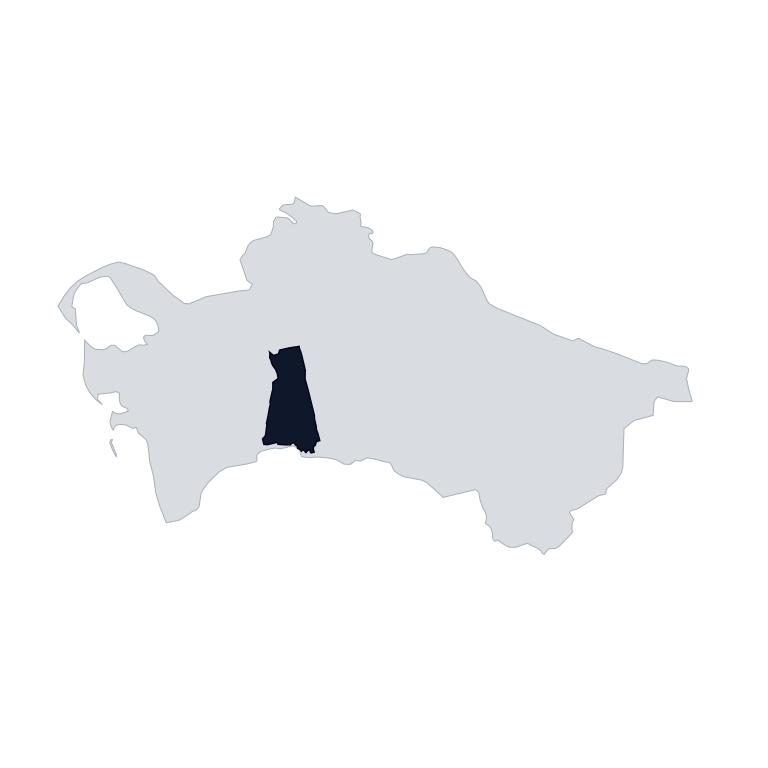 location of Baherden, Ahal, Turkmenistan, rotated 347°
{"feature_id": "10190150B40000077655635", "entity_name": "Baherden", "entity_type": "district", "adm_level": 2, "iso_a3": "TKM", "parent_name": "Turkmenistan", "parent_adm1": "Ahal", "projection": "natural_earth1", "projection_center": [57.355, 39.019], "detail": "fine", "context": "in_parent", "style": "filled", "palette": "ink", "viewbox_px": 768, "rotation_deg": 347, "n_neighbors": 0, "source": "geoboundaries", "source_scale": "gbopen_adm2", "svg_char_len": 5104}
<svg xmlns="http://www.w3.org/2000/svg" viewBox="0 0 768 768"><g transform="rotate(347 384 384)"><path d="M230.0,258.9L263.5,260.7L273.8,262.0L278.1,257.4L277.9,256.3L276.3,255.3L273.8,252.1L271.6,230.7L274.5,227.6L277.9,225.3L282.7,218.6L285.3,216.5L289.1,214.8L301.9,214.4L307.3,213.1L311.8,205.4L312.8,200.9L316.2,197.3L318.2,197.4L326.9,200.4L328.7,202.0L331.7,207.6L334.9,207.3L335.4,206.4L335.0,205.1L332.5,201.6L327.1,195.2L321.8,191.3L321.3,189.9L325.9,186.8L335.0,188.1L337.3,187.1L339.6,182.0L351.7,193.4L354.0,194.6L363.6,196.1L365.2,197.7L368.5,204.3L371.8,206.0L375.8,207.3L392.9,207.5L398.3,211.9L399.2,213.0L398.2,216.1L397.9,222.1L396.6,224.5L397.5,225.5L403.5,228.0L407.2,231.8L407.5,233.5L406.5,234.6L403.7,234.0L402.3,235.8L402.3,238.9L404.4,241.8L405.0,244.5L402.2,250.8L402.1,253.4L403.1,254.8L418.6,264.2L421.0,264.5L435.9,262.8L438.7,263.8L451.7,266.0L455.4,265.6L457.8,262.6L460.2,261.4L462.4,261.4L468.6,263.3L475.2,267.3L479.6,271.0L481.8,274.3L488.1,292.7L492.2,300.3L496.9,304.2L500.3,311.3L503.4,327.0L505.2,330.2L512.4,336.5L549.2,362.0L560.4,373.5L577.6,384.5L583.8,383.2L597.4,395.0L605.9,399.5L617.0,406.5L640.3,422.5L645.3,423.2L650.7,420.9L655.6,422.2L664.3,426.3L673.8,432.5L681.7,434.6L684.0,437.3L684.2,438.8L680.0,446.6L679.7,456.5L680.5,469.9L678.4,470.1L662.7,466.4L647.8,458.1L644.3,460.8L642.6,463.5L639.2,475.1L619.3,475.8L607.8,481.4L597.9,519.0L595.6,523.6L589.2,529.7L577.9,535.8L576.2,538.2L575.8,540.4L574.4,541.1L568.1,541.1L544.1,549.3L538.8,549.3L536.7,550.0L535.8,551.4L538.6,558.9L536.5,561.1L535.0,564.8L534.0,571.3L518.2,581.5L514.9,582.7L508.5,581.7L505.2,582.8L501.9,586.0L500.3,585.0L499.4,581.8L497.7,579.6L487.7,571.4L476.3,572.7L472.0,572.0L468.6,570.7L463.4,566.0L460.0,561.5L456.4,562.1L455.4,559.9L455.2,557.5L456.2,554.5L455.8,548.8L453.8,544.8L451.5,543.0L454.0,536.5L453.9,531.6L452.3,526.3L451.5,518.7L451.9,511.2L449.7,507.5L416.2,507.8L404.1,490.4L399.2,486.2L382.6,478.9L378.0,475.0L374.2,470.7L373.2,464.8L371.3,461.3L368.7,460.7L355.7,453.9L350.5,452.1L343.4,453.8L339.1,451.8L334.2,454.5L332.1,454.6L326.8,453.0L320.2,446.8L314.7,444.2L303.2,440.3L295.1,439.0L288.0,436.6L287.2,435.7L287.0,430.5L286.0,428.3L284.0,425.7L281.1,423.7L268.9,423.9L263.3,421.9L258.8,421.6L249.0,421.9L245.9,423.4L244.0,425.0L242.9,430.2L241.8,430.9L232.3,431.1L212.2,429.9L203.7,432.5L190.6,440.4L183.1,447.0L180.9,450.0L176.3,461.7L174.4,463.4L171.8,464.8L169.2,465.0L157.2,469.6L152.6,470.7L140.7,470.2L138.0,452.8L137.2,439.0L138.7,420.0L138.2,407.8L140.4,389.3L139.7,384.7L133.7,376.6L132.9,370.9L129.2,370.6L123.2,365.8L117.4,363.9L114.4,363.8L111.7,365.2L109.7,368.0L108.4,363.6L108.5,359.1L113.3,349.7L116.2,352.5L119.8,353.6L128.8,353.0L128.0,349.8L123.4,346.5L122.5,342.3L122.9,337.9L124.2,333.8L122.8,332.1L120.7,331.1L115.8,331.2L103.1,329.6L101.5,334.5L104.9,340.9L99.2,333.6L95.4,326.1L93.0,317.3L92.7,307.8L97.8,292.6L102.1,273.9L106.9,281.8L110.4,285.2L118.3,287.5L122.1,286.9L126.2,284.9L130.2,285.6L136.4,293.7L140.9,294.6L150.1,291.5L154.6,290.8L158.3,292.2L162.3,292.2L160.6,288.4L160.0,284.7L162.3,282.8L169.6,284.8L175.4,282.7L176.5,281.7L177.0,278.5L176.3,272.2L175.0,269.5L171.7,265.7L158.8,256.7L154.5,253.1L150.9,248.5L145.2,230.0L140.9,218.3L139.1,216.9L131.6,215.9L117.3,218.8L112.2,218.1L109.9,219.4L104.0,224.3L101.2,228.6L97.2,238.3L100.1,241.4L97.6,257.9L98.8,264.8L98.3,265.4L94.1,256.6L88.4,248.0L83.8,234.7L92.5,226.0L99.9,219.9L107.7,215.3L115.9,212.2L134.2,207.4L144.4,205.7L152.5,205.4L158.8,208.3L175.7,219.0L183.0,224.9L185.1,227.4L187.1,233.1L199.4,251.7L202.4,254.4L207.2,260.3L211.8,262.1L230.0,258.9ZM107.3,392.5L106.9,395.0L104.7,387.5L103.6,379.2L105.2,376.9L106.8,377.0L105.2,380.0L107.3,392.5Z" fill="#d9dde1" stroke="#a8b0b8" stroke-width="1"/><path d="M279.7,327.3L279.7,328.3L278.9,331.5L278.6,332.8L279.2,335.2L279.2,335.5L279.2,336.0L279.2,337.9L279.7,340.8L281.3,344.5L281.4,344.8L281.6,345.2L282.4,350.0L282.2,353.0L282.1,354.8L276.1,357.4L276.0,357.7L274.9,362.5L274.6,363.8L273.2,366.6L270.6,372.0L268.9,375.6L268.8,376.8L268.8,378.1L267.0,381.5L264.6,387.3L262.7,391.5L260.8,395.7L260.6,396.0L260.6,397.4L260.5,398.8L260.2,399.1L260.0,399.3L257.2,406.9L256.4,408.0L256.2,408.3L253.4,410.0L253.3,411.9L253.4,415.7L253.4,415.8L256.9,416.9L266.9,416.8L267.2,418.9L274.3,421.1L279.1,422.2L279.9,421.4L281.9,420.9L283.4,421.4L284.0,423.5L285.5,424.7L285.4,427.4L287.3,428.4L288.3,430.8L289.4,430.4L290.7,429.8L290.9,430.2L292.5,433.3L294.8,431.6L295.0,431.5L297.0,431.7L297.0,434.3L297.9,434.8L299.7,434.7L300.6,434.7L300.4,430.5L301.0,430.3L301.0,429.1L303.0,428.5L305.3,424.9L307.2,424.8L308.7,424.7L308.4,416.4L308.2,415.6L308.1,415.4L308.1,415.0L308.0,413.0L308.0,412.4L308.4,409.8L308.4,408.4L308.4,402.8L308.4,402.5L309.1,399.3L309.0,390.5L308.7,373.4L308.7,373.1L308.2,361.3L308.7,359.4L309.4,356.5L310.4,352.9L310.3,352.6L310.4,350.4L310.3,336.7L310.1,333.6L309.7,331.9L309.7,330.8L309.6,329.8L309.7,328.6L309.7,328.2L308.8,328.2L299.4,327.5L296.4,327.5L290.0,327.5L287.9,331.0L285.6,331.1L282.7,331.4L280.5,328.3L279.7,327.3Z" fill="#0f172a" stroke="#020617" stroke-width="1.5"/></g></svg>